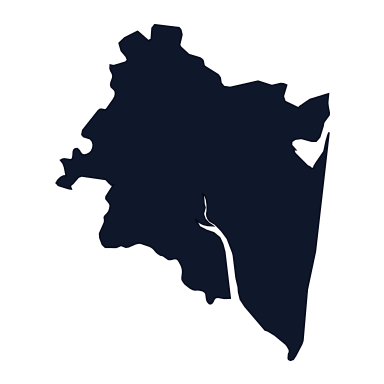 outline of Gironde, rotated 181°
{"feature_id": "FRA-5295", "entity_name": "Gironde", "entity_type": "Metropolitan department", "adm_level": 1, "iso_a3": "FRA", "parent_name": "France", "parent_adm1": "", "projection": "albers", "projection_center": [-0.442, 44.886], "detail": "fine", "context": "isolated", "style": "filled", "palette": "ink", "viewbox_px": 384, "rotation_deg": 181, "n_neighbors": 0, "source": "natural_earth", "source_scale": "10m", "svg_char_len": 3213}
<svg xmlns="http://www.w3.org/2000/svg" viewBox="0 0 384 384"><g transform="rotate(181 192 192)"><path d="M57.2,292.6L57.9,283.8L57.5,280.2L56.1,273.3L56.3,271.3L61.0,264.7L61.7,263.1L62.1,260.2L65.3,249.1L68.8,244.9L73.1,244.8L83.6,247.5L89.7,246.6L93.2,244.2L93.3,240.5L89.1,236.0L91.4,236.0L89.7,232.5L76.9,220.1L75.0,219.3L74.2,218.8L73.5,218.1L72.7,217.6L71.5,217.6L70.7,218.4L70.4,219.4L70.2,220.4L69.8,220.8L68.6,223.0L60.8,234.8L58.7,245.5L57.1,251.3L56.0,254.0L67.6,134.7L75.0,96.5L78.5,45.4L79.6,41.9L85.5,30.1L87.9,26.4L90.7,25.4L92.5,26.3L92.9,27.4L92.8,29.2L92.6,31.9L92.1,32.7L91.8,34.0L91.8,35.3L92.3,36.6L94.0,39.5L95.5,41.4L106.8,50.4L113.9,54.5L116.6,55.3L137.0,78.4L141.8,85.5L143.7,92.8L144.1,97.7L146.4,106.7L149.5,129.1L150.2,131.9L155.9,146.0L161.7,153.6L168.2,160.1L173.7,163.3L175.2,165.0L176.6,168.1L176.9,170.3L176.4,174.2L176.6,179.2L177.3,184.3L178.7,188.2L181.0,190.0L180.4,186.6L179.7,179.7L178.7,176.8L180.3,170.2L178.4,165.0L174.6,161.1L170.6,158.6L175.8,158.8L180.3,159.8L184.2,161.8L188.1,165.0L183.8,157.4L177.0,154.0L169.5,151.6L163.5,146.8L160.4,140.5L158.2,132.8L151.9,86.5L152.0,86.5L158.0,86.2L164.0,87.2L165.5,87.1L166.9,86.5L167.9,85.4L168.6,84.0L169.2,82.6L170.1,81.3L171.4,80.5L172.8,80.7L174.3,82.3L175.2,84.0L175.6,85.8L176.3,90.5L177.4,92.1L179.4,93.4L183.0,94.2L185.3,94.3L187.3,94.1L189.6,94.6L192.3,96.0L197.2,99.7L199.1,102.0L200.3,104.1L200.5,105.7L200.0,110.8L200.0,112.5L200.1,114.1L200.5,115.7L201.0,117.3L201.7,118.9L203.8,122.6L205.1,124.3L206.2,124.9L207.9,125.2L212.5,124.1L214.5,124.2L219.9,127.9L222.5,128.4L224.9,129.9L226.6,131.3L229.6,134.7L231.5,136.1L233.8,137.2L242.7,140.0L245.0,139.9L247.6,139.2L254.7,136.0L257.2,135.6L262.0,137.4L266.7,135.3L277.8,135.2L280.7,137.9L283.3,144.5L283.7,148.9L279.1,159.8L278.8,161.8L279.3,165.2L278.5,166.7L276.6,168.6L274.9,171.0L273.9,173.9L273.5,177.3L274.5,179.5L278.0,183.7L277.9,185.9L270.6,197.9L272.9,197.5L273.9,198.7L274.6,199.1L277.6,202.2L278.1,203.0L302.7,206.1L305.9,204.8L311.1,198.5L313.9,196.1L312.7,192.8L315.8,193.3L325.0,196.0L326.0,196.5L326.8,197.5L328.0,198.6L326.2,201.7L323.7,204.2L320.8,205.8L318.1,206.0L320.0,214.8L321.5,218.5L324.0,221.5L321.8,222.7L319.8,222.9L314.0,222.1L312.8,222.5L312.0,223.7L311.6,225.8L311.4,230.1L311.0,231.8L309.7,233.1L307.4,233.4L305.6,231.7L304.1,229.3L302.3,227.4L300.2,227.1L297.6,227.8L295.1,229.2L293.3,231.0L291.9,234.3L291.6,237.7L292.5,240.8L294.6,243.4L301.5,245.5L303.1,247.5L302.3,251.9L287.3,271.5L285.6,273.0L283.9,273.2L280.3,272.5L278.9,273.4L272.2,283.2L270.8,285.9L270.2,288.9L270.7,291.7L271.9,293.2L274.6,295.6L275.2,297.7L274.9,300.1L273.3,304.7L273.1,307.0L274.0,309.6L275.3,311.7L276.1,314.1L276.0,317.6L272.6,316.9L260.7,320.7L258.7,322.8L260.2,326.3L265.2,332.0L267.5,339.6L262.0,345.0L249.2,351.7L238.3,342.5L235.4,344.0L234.8,355.2L232.2,358.6L207.7,356.0L206.0,353.9L204.8,349.1L207.0,338.7L205.8,336.7L197.6,329.4L186.3,326.2L183.8,324.5L183.1,323.1L182.3,319.2L181.5,317.9L167.9,309.7L165.8,306.8L164.9,301.5L162.0,298.0L155.7,297.2L127.9,304.0L114.0,299.8L105.3,302.0L102.3,301.8L99.2,300.6L102.4,289.3L100.6,284.2L87.0,277.9L85.8,279.4L75.6,286.6L57.2,292.6Z" fill="#0f172a" stroke="#020617" stroke-width="1.5"/></g></svg>